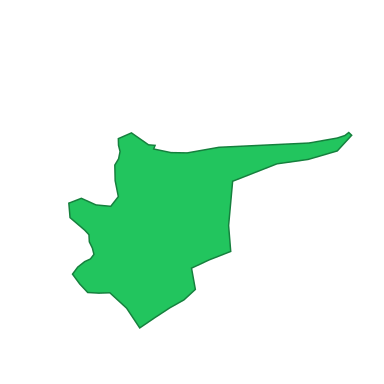 outline of Biləsuvar, rotated 128°
{"feature_id": "AZE-1698", "entity_name": "Biləsuvar", "entity_type": "District", "adm_level": 1, "iso_a3": "AZE", "parent_name": "Azerbaijan", "parent_adm1": "", "projection": "natural_earth1", "projection_center": [48.455, 39.509], "detail": "fine", "context": "isolated", "style": "filled", "palette": "green", "viewbox_px": 384, "rotation_deg": 128, "n_neighbors": 0, "source": "natural_earth", "source_scale": "10m", "svg_char_len": 788}
<svg xmlns="http://www.w3.org/2000/svg" viewBox="0 0 384 384"><g transform="rotate(128 192 192)"><path d="M178.0,249.8L181.7,248.7L173.9,232.8L164.1,219.8L140.2,198.3L81.5,130.1L60.1,110.8L53.4,106.3L48.6,105.1L49.0,101.1L70.2,102.8L94.8,120.5L117.5,142.4L158.5,166.6L195.9,142.5L215.0,124.9L234.8,136.6L252.3,145.5L266.7,129.4L281.9,131.9L297.0,138.2L314.1,144.0L331.3,149.5L323.8,172.0L322.0,194.7L329.0,203.1L335.4,212.3L333.6,223.8L330.3,235.6L321.5,235.8L312.9,233.7L307.3,230.8L301.5,230.9L297.5,236.0L294.5,242.2L289.1,246.9L288.1,253.2L287.3,272.3L276.6,282.2L265.1,275.3L261.3,259.7L253.3,247.2L241.0,247.2L230.4,259.5L218.3,269.4L211.0,270.3L204.4,273.6L200.4,278.7L195.3,282.9L182.7,276.1L181.6,255.3L178.0,249.8Z" fill="#22c55e" stroke="#15803d" stroke-width="1.5"/></g></svg>